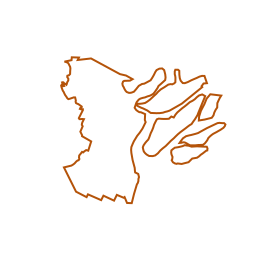 outline of Klang, Selangor, Malaysia, rotated 206°
{"feature_id": "92858781B44508451464311", "entity_name": "Klang", "entity_type": "district", "adm_level": 2, "iso_a3": "MYS", "parent_name": "Malaysia", "parent_adm1": "Selangor", "projection": "robinson", "projection_center": [101.362, 3.039], "detail": "fine", "context": "isolated", "style": "outline", "palette": "amber", "viewbox_px": 256, "rotation_deg": 206, "n_neighbors": 0, "source": "geoboundaries", "source_scale": "gbopen_adm2", "svg_char_len": 4693}
<svg xmlns="http://www.w3.org/2000/svg" viewBox="0 0 256 256"><g transform="rotate(206 128 128)"><path d="M91.7,62.1L93.7,71.5L94.9,78.8L95.3,81.2L95.1,82.7L95.4,84.8L96.3,86.8L96.6,88.7L98.7,91.2L102.1,91.2L103.1,92.7L104.5,95.1L109.8,101.2L114.0,107.0L115.6,109.7L116.6,112.3L116.8,115.5L116.9,118.6L116.3,125.0L115.4,128.9L114.7,133.9L114.7,141.0L116.4,142.6L118.7,148.0L123.3,147.8L124.8,147.2L126.7,147.4L128.6,147.8L130.9,149.1L131.5,153.8L131.5,155.3L130.8,158.2L129.8,159.8L128.0,161.5L126.2,162.9L124.3,165.0L122.6,166.5L121.2,168.3L120.2,170.0L119.7,172.1L119.0,176.8L119.0,179.1L117.6,182.4L115.6,187.4L116.4,189.9L118.1,192.6L119.7,194.5L120.9,195.9L123.4,196.5L125.8,195.1L127.7,192.6L128.0,190.3L128.0,187.0L128.2,183.9L128.6,180.8L131.1,177.3L132.8,175.0L134.7,173.7L136.8,170.6L137.8,166.1L138.6,163.2L140.2,161.5L141.2,160.7L142.6,160.0L145.0,159.8L146.5,160.4L148.2,161.5L149.9,162.9L151.3,163.8L152.5,165.4L152.8,167.5L152.1,168.7L147.0,171.4L145.3,173.9L152.8,174.3L158.8,172.9L191.7,174.3L203.0,167.1L203.0,169.8L209.5,166.9L208.5,164.2L214.2,159.8L212.3,160.2L211.5,160.2L210.5,160.2L209.8,159.9L209.7,159.8L206.8,157.6L205.9,156.3L204.9,153.8L203.7,151.1L204.2,149.5L205.4,148.4L205.0,147.2L203.2,146.1L202.5,144.5L202.7,142.6L202.3,140.6L202.3,139.8L202.9,139.9L203.5,140.3L203.9,140.0L204.2,139.6L204.6,139.7L204.9,140.2L205.5,140.5L206.1,140.7L206.6,140.6L207.2,140.1L206.2,139.1L205.0,138.5L203.9,137.7L204.6,137.2L205.7,138.0L206.5,138.0L206.7,136.9L205.7,135.6L204.7,134.6L203.0,133.0L201.6,132.2L200.8,131.5L199.0,130.1L197.1,129.1L195.7,128.2L194.3,127.8L193.2,128.7L192.3,129.6L191.0,130.9L190.1,131.8L188.9,132.3L186.9,129.8L186.6,128.6L185.6,127.6L184.2,127.6L183.0,127.7L180.8,127.3L179.0,127.0L178.7,126.1L179.6,125.1L179.6,124.1L177.5,124.4L176.8,125.0L176.4,124.4L176.5,115.3L175.5,114.7L174.3,115.3L173.2,116.0L171.5,116.6L171.5,113.1L171.3,111.8L170.9,110.6L169.5,109.7L169.2,103.8L166.1,101.4L165.7,100.5L155.2,99.8L153.8,90.2L155.9,89.8L156.9,88.1L157.6,86.4L158.8,86.4L159.3,84.0L159.8,81.9L159.1,80.0L158.1,78.8L158.3,77.3L159.1,76.7L159.8,75.2L160.5,72.7L161.3,71.1L162.4,69.4L168.3,64.5L146.8,48.0L134.9,47.7L134.9,50.8L120.5,51.4L120.4,56.4L108.7,56.6L108.7,63.0L101.3,63.4L100.8,64.4L96.0,60.2L91.7,62.1ZM78.4,188.4L79.6,185.9L80.6,183.1L81.9,180.8L83.8,178.3L85.4,174.6L86.7,171.9L87.9,169.6L89.1,166.9L90.5,163.6L91.2,160.7L91.3,159.4L91.5,157.5L94.1,157.3L95.3,154.2L97.1,153.2L99.4,152.0L101.9,150.9L104.5,149.9L105.9,148.4L106.0,145.5L106.0,142.4L105.5,139.3L105.3,136.4L105.3,133.3L104.8,128.9L104.7,126.5L105.5,124.0L106.0,121.9L106.4,119.2L106.2,117.1L105.0,115.5L103.5,113.8L101.4,112.8L99.5,112.3L96.8,112.1L93.4,113.6L91.5,115.3L90.0,118.4L89.1,121.9L87.9,124.8L86.2,128.3L84.9,132.1L83.8,135.4L82.3,138.9L81.6,141.0L80.4,144.3L79.0,147.4L77.5,150.3L76.3,152.6L74.9,155.5L73.8,157.6L72.6,159.4L72.2,162.3L71.7,165.0L71.4,167.9L71.2,170.2L71.4,171.9L72.6,190.5L76.0,190.7L78.4,188.4ZM114.2,151.5L108.9,153.8L106.0,155.3L103.3,157.1L101.6,158.8L99.9,160.2L98.2,161.9L95.4,166.0L90.3,173.5L79.2,197.3L80.2,197.8L79.9,199.4L79.6,201.1L76.7,202.9L82.1,208.3L84.3,207.3L86.2,205.6L88.1,203.2L90.1,200.9L91.9,198.8L94.4,195.5L96.6,193.2L98.5,192.4L101.4,193.6L103.3,195.5L105.2,198.4L107.0,201.9L108.6,202.3L111.0,201.1L110.8,199.4L109.6,196.9L108.4,195.5L107.4,194.0L105.5,189.9L106.0,188.4L107.4,186.6L108.8,186.2L110.8,184.7L111.8,183.0L113.2,180.6L115.4,177.2L116.8,173.9L117.6,171.0L118.7,168.3L120.7,163.1L122.2,160.2L123.6,158.0L125.8,156.3L127.7,155.1L130.3,153.8L129.9,152.2L128.6,152.0L125.1,152.0L122.9,152.2L121.2,152.2L118.3,152.2L114.2,151.5ZM51.2,144.7L57.9,141.8L62.7,139.1L65.6,138.7L67.9,137.9L69.5,137.4L71.0,135.6L72.6,134.3L74.3,132.9L77.3,130.8L78.4,128.7L79.2,126.9L78.4,124.8L77.3,123.3L75.3,121.5L74.6,119.4L74.6,118.2L72.6,116.9L70.3,116.7L68.6,117.1L67.8,117.9L64.0,119.2L61.8,121.1L58.6,123.8L57.7,126.4L56.9,128.7L54.5,130.4L52.9,131.6L51.7,133.7L50.9,135.8L49.7,137.9L47.8,141.8L46.9,142.6L47.6,144.5L49.0,145.7L51.2,144.7ZM74.8,139.3L75.1,137.2L73.6,138.1L72.2,139.3L70.7,139.9L68.5,139.9L66.4,139.7L64.4,139.7L59.8,142.0L57.4,143.5L55.5,144.5L53.3,145.7L52.2,147.8L51.7,150.1L51.4,151.7L51.4,154.2L50.7,156.3L49.8,158.4L48.8,160.2L46.6,163.2L45.4,165.0L44.2,166.7L42.3,170.0L41.8,172.1L42.0,173.9L43.7,174.5L45.9,173.5L48.1,172.7L49.7,171.6L57.0,162.5L60.8,157.1L62.8,154.2L64.7,152.4L66.2,151.1L68.3,149.3L69.5,148.4L72.2,146.1L74.1,142.8L74.4,141.2L74.8,139.3ZM68.8,194.4L70.2,188.9L69.8,183.1L70.0,175.4L69.1,169.4L67.6,165.8L62.8,169.2L57.2,173.9L56.7,176.8L57.2,179.7L57.2,182.8L56.8,185.5L58.6,189.5L58.7,192.6L58.7,194.9L58.4,198.0L68.8,194.4Z" fill="none" stroke="#b45309" stroke-width="2"/></g></svg>